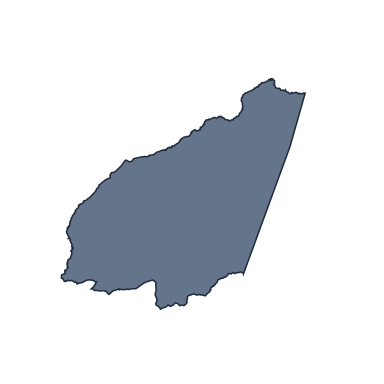 Cumbal, Nariño, Colombia, rotated 123°
{"feature_id": "7082276B54446489784787", "entity_name": "Cumbal", "entity_type": "district", "adm_level": 2, "iso_a3": "COL", "parent_name": "Colombia", "parent_adm1": "Nariño", "projection": "mercator", "projection_center": [-77.91, 0.94], "detail": "fine", "context": "isolated", "style": "filled", "palette": "slate", "viewbox_px": 384, "rotation_deg": 123, "n_neighbors": 0, "source": "geoboundaries", "source_scale": "gbopen_adm2", "svg_char_len": 6061}
<svg xmlns="http://www.w3.org/2000/svg" viewBox="0 0 384 384"><g transform="rotate(123 192 192)"><path d="M323.1,205.8L318.4,204.5L316.4,203.2L315.3,202.0L313.0,200.6L313.6,199.5L312.6,199.1L312.1,198.1L311.7,196.9L310.9,196.0L310.3,194.9L308.9,193.5L307.9,191.5L306.2,190.2L303.7,186.4L295.2,183.0L292.6,181.6L287.2,177.0L287.3,173.8L288.1,172.7L290.6,171.1L294.1,168.4L297.9,167.2L299.2,165.7L300.8,163.3L302.0,162.3L302.8,162.0L305.3,161.6L306.1,161.0L306.3,160.7L306.3,157.6L306.6,156.2L307.5,154.6L304.4,152.8L303.8,152.0L302.6,151.3L299.9,150.5L299.6,149.9L299.9,148.1L297.9,146.5L294.1,145.5L293.8,145.1L293.5,143.1L294.0,140.2L292.4,139.1L291.7,136.9L290.7,136.3L289.3,136.2L288.6,135.9L287.5,136.0L286.4,136.6L286.2,137.2L285.8,137.4L284.5,137.5L283.9,137.7L283.8,138.1L281.8,138.8L281.1,138.6L279.9,137.9L279.2,137.0L277.7,136.1L276.4,134.5L275.8,131.6L274.1,130.4L273.9,129.1L273.5,128.8L273.3,128.2L273.0,128.1L272.6,126.8L272.3,126.5L272.4,126.0L272.1,124.7L271.6,124.2L269.0,123.9L266.3,122.9L265.6,123.3L264.5,122.7L263.9,122.9L263.2,123.5L263.2,123.8L262.6,123.7L261.7,124.0L260.8,123.4L260.4,123.5L259.8,123.3L259.4,122.8L259.0,122.9L258.8,122.5L258.1,122.7L257.7,122.4L256.1,122.1L255.6,122.3L254.2,121.7L252.2,122.3L251.3,122.2L250.7,121.9L250.4,121.4L248.9,120.9L248.1,120.0L247.7,119.2L246.1,118.8L245.8,118.0L245.3,117.6L244.2,117.5L243.5,117.0L242.1,116.8L240.6,117.0L239.1,114.3L238.4,114.3L237.2,113.8L237.1,113.0L237.3,112.2L237.1,111.7L235.5,110.8L234.4,109.1L232.4,107.7L232.6,106.7L232.0,105.9L232.0,105.4L232.1,104.9L232.8,104.2L100.7,134.5L47.5,150.9L48.3,152.5L48.9,152.4L49.4,152.6L50.9,155.8L51.2,155.6L51.8,155.8L51.9,156.5L51.4,157.5L51.7,159.1L54.1,161.1L54.1,162.5L55.4,162.6L55.7,163.3L56.1,163.4L56.5,163.8L56.0,165.3L56.4,167.8L56.3,168.4L55.4,169.2L56.4,169.3L57.1,170.5L56.8,170.9L57.0,171.4L57.8,171.9L58.4,173.1L58.1,173.6L57.5,174.2L57.3,174.9L57.4,175.3L58.4,176.1L58.9,178.9L57.5,180.7L57.3,181.8L56.9,182.1L56.0,181.8L54.9,182.9L53.8,183.2L53.7,184.4L53.3,185.2L53.2,185.8L54.4,185.6L55.1,186.3L55.0,186.7L53.9,187.2L54.1,187.6L55.5,187.6L55.6,188.7L55.9,188.9L56.2,188.6L57.3,188.3L58.5,189.9L60.0,190.3L62.7,193.2L64.8,193.3L65.4,194.1L65.8,194.2L66.6,194.2L67.1,193.6L67.8,193.6L68.4,195.0L70.3,195.2L70.7,196.2L72.4,196.2L75.2,197.8L77.6,199.6L78.8,200.1L79.4,200.5L79.9,201.3L81.8,201.4L82.7,202.1L84.6,201.4L85.9,201.8L86.5,201.5L87.0,200.9L88.5,200.6L90.2,197.8L91.0,197.5L92.5,196.0L94.2,195.5L94.4,194.9L95.0,194.6L95.9,195.0L97.0,194.5L97.7,194.7L98.7,194.5L100.1,195.0L100.8,194.8L101.4,194.3L102.2,194.6L103.2,194.4L103.6,194.7L104.3,195.8L105.7,195.6L105.9,196.3L106.9,196.4L107.9,197.2L109.1,196.8L110.2,198.3L111.7,198.9L112.2,199.7L111.8,201.0L112.8,202.4L112.8,203.5L113.1,204.0L112.5,206.1L113.1,207.7L112.7,208.7L113.6,209.3L113.4,210.0L113.8,210.4L114.8,210.4L115.4,211.2L116.3,211.2L117.0,211.8L117.2,213.9L118.9,215.0L119.6,215.7L120.6,215.8L121.2,216.1L121.6,217.4L121.9,217.6L122.5,217.5L122.8,217.7L123.5,219.1L124.3,219.4L125.4,219.2L126.0,219.7L126.6,219.3L127.6,219.2L128.2,218.8L129.1,219.3L129.4,218.8L129.9,218.6L130.5,219.0L131.5,219.0L132.2,219.6L133.3,220.1L133.7,219.6L134.9,219.0L135.0,219.7L135.7,219.6L136.5,220.1L137.3,220.2L137.6,220.8L138.4,221.5L138.4,221.9L138.0,222.4L138.3,223.6L138.6,223.8L140.8,224.7L141.7,224.6L141.9,225.2L142.2,225.3L143.0,224.9L143.4,224.4L144.1,224.8L145.9,224.5L146.1,224.8L147.7,225.4L148.0,225.8L148.3,226.8L149.5,227.6L150.2,228.4L151.0,228.9L152.6,229.4L152.8,229.8L154.0,229.7L154.2,230.1L158.7,230.1L160.1,231.3L160.7,231.2L161.9,231.7L162.2,232.1L162.9,232.0L163.8,233.0L164.0,233.6L164.6,233.9L166.2,233.3L166.4,233.5L166.2,234.1L166.6,234.4L166.6,235.0L167.0,235.6L167.6,235.8L168.0,236.3L169.6,236.2L169.9,236.8L170.5,237.2L170.8,236.7L171.7,236.9L172.0,238.6L172.5,238.6L173.5,240.0L176.6,242.0L177.5,243.1L178.2,243.2L179.1,243.7L181.2,244.3L181.9,245.0L182.4,245.1L182.8,245.8L184.2,247.5L185.2,248.1L185.9,247.9L187.3,249.6L188.0,251.1L188.6,251.6L189.2,252.5L194.5,257.9L196.0,259.1L198.7,259.1L200.8,260.9L201.1,264.6L202.2,265.3L208.7,265.6L215.6,267.2L217.6,267.9L219.7,270.1L222.4,270.0L224.8,268.4L226.9,270.1L229.6,271.4L233.1,272.6L235.6,273.2L236.5,273.8L239.5,273.0L240.9,273.7L241.8,273.7L243.1,273.2L248.8,274.1L253.2,275.1L254.2,275.8L255.1,275.7L257.3,276.8L258.2,277.8L258.8,278.0L259.8,277.3L260.1,277.3L261.4,277.9L261.7,278.2L262.2,278.3L262.8,278.9L263.4,279.0L263.6,279.5L264.1,279.4L264.3,279.7L264.8,279.6L265.4,279.8L265.9,279.1L266.8,278.9L268.2,279.1L269.5,279.6L270.9,279.6L271.3,279.0L271.7,279.3L272.2,279.0L272.7,279.3L274.6,278.7L274.8,278.9L274.7,279.1L277.1,279.3L278.1,278.9L279.6,279.1L280.2,278.4L281.6,278.2L282.1,278.4L283.0,277.9L284.3,277.9L284.9,277.0L286.1,276.9L287.1,276.3L287.6,276.8L288.2,276.4L289.2,276.5L289.4,276.7L289.4,277.2L289.8,277.2L290.3,276.4L291.1,276.5L292.0,276.0L293.9,275.5L294.8,274.4L294.8,274.0L295.2,273.6L297.0,270.6L297.3,270.4L298.4,270.4L297.8,269.6L297.9,268.2L299.3,267.8L299.7,267.0L299.7,266.3L300.7,265.6L300.9,264.7L302.0,263.6L303.4,263.2L303.5,262.2L303.9,262.1L304.0,261.8L303.3,261.4L303.6,261.1L304.8,260.9L305.4,261.6L306.0,261.0L306.5,261.0L307.4,261.5L307.8,261.0L307.9,259.9L309.9,258.9L311.9,258.5L312.6,258.1L313.8,258.0L314.8,258.6L315.6,258.4L316.6,259.0L317.3,258.5L318.5,258.4L319.2,257.6L319.8,258.0L320.4,257.4L320.8,257.4L321.1,256.7L322.3,256.2L322.7,254.6L323.6,255.3L324.7,255.0L326.0,255.1L326.6,255.9L327.2,256.0L327.4,255.9L327.4,255.1L328.3,255.1L328.9,254.5L329.1,254.1L329.4,254.1L330.5,254.5L331.4,255.6L332.9,256.2L333.5,255.6L335.3,254.7L335.3,252.3L336.5,250.4L335.8,249.9L335.6,248.8L333.3,247.8L333.2,246.4L331.6,244.5L331.6,241.0L330.9,240.5L330.6,239.8L331.7,238.7L331.6,238.2L329.2,236.4L328.3,235.1L323.1,232.1L321.8,230.5L320.1,227.3L319.9,223.5L319.5,223.1L322.1,223.1L322.2,222.7L324.7,223.0L325.8,222.9L326.4,223.4L327.2,223.4L328.1,223.7L327.4,222.5L327.7,220.1L326.6,218.5L325.3,215.5L323.0,212.6L322.5,210.6L322.1,210.1L323.2,206.7L323.1,205.8Z" fill="#64748b" stroke="#1e293b" stroke-width="1.5"/></g></svg>